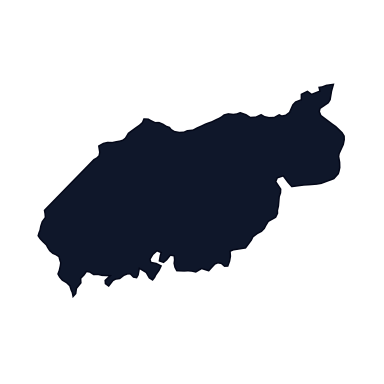 Santa Mariana, Paraná, Brazil, rotated 82°
{"feature_id": "56859067B10237874887501", "entity_name": "Santa Mariana", "entity_type": "district", "adm_level": 2, "iso_a3": "BRA", "parent_name": "Brazil", "parent_adm1": "Paraná", "projection": "natural_earth1", "projection_center": [-50.532, -23.056], "detail": "fine", "context": "isolated", "style": "filled", "palette": "ink", "viewbox_px": 384, "rotation_deg": 82, "n_neighbors": 0, "source": "geoboundaries", "source_scale": "gbopen_adm2", "svg_char_len": 2575}
<svg xmlns="http://www.w3.org/2000/svg" viewBox="0 0 384 384"><g transform="rotate(82 192 192)"><path d="M157.8,33.6L154.1,35.2L147.2,40.6L144.4,43.6L134.2,53.8L130.1,54.8L127.0,53.6L122.6,44.7L119.8,42.4L111.5,39.8L105.1,37.0L105.1,44.1L106.1,48.4L106.1,51.6L109.9,51.2L112.0,60.0L108.4,63.7L110.5,70.1L115.9,70.9L117.3,76.9L119.7,79.9L122.7,81.8L126.8,84.3L129.1,88.5L129.3,92.6L127.7,94.9L129.7,100.1L129.1,105.5L127.5,109.8L125.1,112.8L126.8,118.3L126.3,124.0L123.0,127.8L120.2,133.2L121.0,136.6L121.0,140.3L119.7,145.2L120.2,149.5L121.7,152.0L122.9,154.9L123.7,157.7L125.3,162.5L126.0,166.2L126.7,169.3L128.0,173.3L129.3,178.0L130.9,182.3L130.7,188.2L131.7,191.6L131.3,196.3L129.7,201.1L127.3,204.0L124.9,205.4L123.4,208.4L120.9,211.3L118.7,215.0L118.2,219.0L115.5,223.0L113.8,225.2L113.0,229.4L116.3,231.3L118.6,234.6L120.3,238.0L123.0,243.1L125.0,246.8L127.3,248.6L129.5,250.4L131.1,253.2L131.6,256.1L131.7,259.7L132.0,264.0L131.2,268.8L131.6,273.0L133.5,277.9L139.8,277.8L143.2,278.9L145.1,281.5L146.3,284.6L189.6,340.6L193.0,340.5L196.8,340.7L200.6,344.4L204.9,346.5L208.8,347.8L211.0,349.1L213.9,350.4L217.0,348.9L220.4,346.5L224.2,343.5L226.8,342.6L230.3,341.0L233.4,338.3L235.0,335.6L237.5,332.7L241.0,332.3L243.8,331.8L247.0,332.7L251.2,334.3L254.5,336.1L257.7,334.9L261.2,332.7L264.3,328.8L267.9,326.0L272.2,325.3L274.9,324.5L278.9,324.3L276.4,321.3L271.4,319.9L266.5,314.7L262.0,314.3L259.1,310.5L256.0,307.6L257.0,304.3L260.0,300.9L260.6,296.2L262.0,292.8L263.5,284.6L267.5,290.3L270.7,290.5L273.5,287.6L268.7,282.7L267.6,279.8L267.6,275.6L265.0,271.1L264.1,267.3L264.5,264.4L268.1,261.8L269.1,258.8L266.6,256.9L260.2,254.8L265.3,248.5L271.1,246.2L273.6,243.3L271.4,241.0L269.1,239.5L265.0,235.6L260.9,232.9L257.8,237.4L256.0,242.6L252.7,243.0L248.4,239.5L245.3,234.9L247.7,230.9L250.7,232.3L255.7,233.9L257.7,230.0L255.6,226.6L251.5,222.3L252.7,218.5L256.9,218.7L260.1,219.6L264.2,219.3L267.8,218.0L269.1,210.7L269.4,206.9L270.3,203.0L271.7,199.4L269.1,193.1L272.3,186.4L269.9,183.6L266.5,179.4L265.7,176.3L266.8,172.8L270.0,170.1L270.3,166.9L265.6,164.4L260.9,162.9L256.0,162.6L255.0,159.2L254.8,146.8L247.9,140.0L244.9,138.0L242.2,133.2L240.6,128.7L238.1,125.5L235.5,123.7L231.7,120.6L228.6,112.7L225.0,110.3L222.1,110.0L217.9,108.4L208.7,106.3L205.2,104.5L201.5,103.8L198.4,105.3L193.4,107.7L189.8,105.6L188.7,99.4L195.5,95.7L200.5,92.4L200.6,80.4L201.1,74.3L201.5,67.4L201.4,62.9L198.5,49.7L194.3,44.7L192.0,43.6L188.4,42.3L183.1,41.7L177.2,41.9L174.4,41.0L166.0,35.6L161.4,34.0L157.8,33.6Z" fill="#0f172a" stroke="#020617" stroke-width="1.5"/></g></svg>